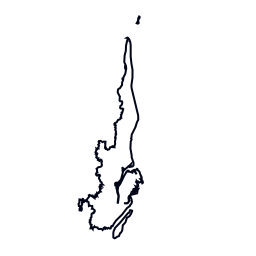 Cox's Bazar, Chittagong, Bangladesh, rotated 203°
{"feature_id": "16705992B34517682786426", "entity_name": "Cox's Bazar", "entity_type": "district", "adm_level": 2, "iso_a3": "BGD", "parent_name": "Bangladesh", "parent_adm1": "Chittagong", "projection": "robinson", "projection_center": [92.099, 21.257], "detail": "fine", "context": "isolated", "style": "outline", "palette": "ink", "viewbox_px": 256, "rotation_deg": 203, "n_neighbors": 0, "source": "geoboundaries", "source_scale": "gbopen_adm2", "svg_char_len": 5722}
<svg xmlns="http://www.w3.org/2000/svg" viewBox="0 0 256 256"><g transform="rotate(203 128 128)"><path d="M123.7,24.6L123.3,21.0L122.7,21.3L122.5,22.0L120.9,21.1L121.4,22.9L120.7,23.1L120.4,24.2L120.0,23.8L117.2,24.5L116.5,23.8L115.2,23.6L113.5,24.6L112.6,24.7L111.5,24.2L111.3,25.3L110.7,26.2L111.2,26.6L110.6,27.6L109.6,27.5L109.9,26.5L109.5,26.2L108.6,27.6L107.7,27.3L106.9,28.5L105.4,28.3L104.7,28.8L105.0,31.1L104.5,31.6L103.8,31.6L103.6,34.5L102.8,38.3L99.6,46.1L97.6,53.9L95.8,57.0L95.9,58.0L95.3,59.6L95.5,61.7L96.5,62.4L96.4,63.1L98.4,65.3L99.1,65.4L99.8,65.1L99.9,64.4L98.4,61.1L98.6,59.2L99.6,58.0L102.3,57.2L99.3,58.6L98.7,59.6L98.8,61.4L100.4,64.1L100.4,65.8L99.5,67.6L99.6,68.9L99.0,68.2L98.8,69.2L97.7,69.6L97.2,70.6L97.3,72.2L96.7,73.8L97.2,74.2L98.2,72.5L98.6,72.5L99.2,70.4L98.7,73.2L99.1,73.5L99.1,74.0L98.1,74.6L97.6,75.5L97.5,76.8L98.0,77.2L96.2,77.1L95.8,78.4L96.6,79.7L97.3,79.4L97.5,80.4L100.2,81.8L99.3,81.8L99.5,82.7L99.0,82.4L98.0,82.3L97.8,82.7L96.2,82.2L94.6,84.1L95.2,85.0L96.7,85.8L96.2,86.1L95.0,85.5L96.3,88.1L96.8,88.1L97.1,88.9L97.6,89.1L100.5,92.3L102.9,93.2L103.5,92.6L103.1,93.7L103.3,93.9L103.8,93.9L104.9,91.6L105.9,91.9L106.7,90.9L104.2,90.7L102.0,88.7L104.5,90.5L105.2,90.1L107.0,90.4L107.3,89.6L106.8,88.6L108.9,88.5L112.2,87.5L112.9,82.0L113.3,73.7L114.0,70.5L113.9,72.6L114.4,72.2L114.3,70.9L113.0,66.1L109.9,61.9L108.0,55.3L108.1,54.4L110.3,61.9L112.4,64.1L114.6,67.6L115.1,67.9L116.6,70.9L116.8,72.2L116.4,73.0L117.5,72.8L118.0,72.2L116.9,69.4L118.2,71.9L117.8,72.9L115.6,74.0L114.3,77.8L115.5,86.0L116.1,86.2L116.7,87.1L116.6,88.9L117.6,88.9L118.2,89.4L116.4,89.0L116.6,87.7L115.6,86.5L112.5,93.2L111.8,93.3L111.9,94.0L111.2,95.8L111.1,95.2L111.6,93.8L111.2,92.8L108.8,94.4L108.3,95.6L109.4,98.3L113.0,102.2L113.8,104.0L117.8,110.2L120.2,116.6L120.2,118.8L121.1,119.6L120.9,119.9L122.0,123.4L121.5,131.7L122.0,136.7L121.8,139.7L123.6,143.6L140.2,166.0L141.5,168.5L143.5,175.9L146.5,183.2L150.0,188.6L153.5,194.9L157.9,205.3L159.4,207.8L161.4,210.0L163.2,211.0L164.0,210.9L164.3,210.5L163.6,210.7L162.7,209.9L163.0,209.3L162.9,208.1L162.4,207.7L162.7,206.7L161.9,202.7L160.2,198.3L159.4,193.3L157.4,187.8L157.0,187.0L154.3,184.6L152.9,182.2L151.7,176.8L152.0,172.8L151.3,170.5L151.2,167.7L150.3,165.2L151.1,161.2L152.0,160.3L152.2,159.3L151.3,156.6L147.8,153.8L146.5,150.0L145.6,149.6L144.1,150.2L143.2,149.3L142.8,146.9L143.6,145.2L143.1,143.4L142.1,143.1L140.4,143.8L139.8,143.6L139.3,140.2L139.9,139.7L139.2,138.8L139.6,137.4L139.1,137.1L139.0,136.1L138.6,135.6L138.9,134.9L138.4,134.6L138.8,134.3L138.5,133.8L139.0,132.6L140.3,131.6L140.7,128.7L141.9,127.6L141.7,126.7L142.1,126.5L141.8,125.7L140.7,126.0L140.3,125.7L140.5,125.1L139.8,124.0L140.1,123.5L139.2,122.9L139.1,121.4L138.6,121.3L137.3,119.2L137.2,117.8L136.5,117.7L136.2,114.1L135.5,113.1L135.3,113.3L134.7,110.4L133.6,108.3L133.3,105.6L132.9,105.0L134.4,104.5L134.8,105.3L135.3,105.1L135.7,104.1L137.0,103.1L136.8,102.5L137.0,101.1L138.2,100.0L138.6,100.4L140.2,100.0L140.7,101.3L141.5,100.9L142.5,104.2L143.0,104.7L142.9,105.5L143.4,106.6L145.1,105.9L145.9,105.0L148.1,105.5L149.7,104.6L149.7,103.8L148.4,102.9L148.9,101.0L147.8,100.4L147.7,98.6L147.2,97.7L148.0,97.5L148.0,96.6L149.0,96.7L148.5,96.0L148.7,95.4L148.4,94.4L148.5,93.0L147.7,92.5L147.6,91.9L146.9,92.5L146.5,91.7L146.2,91.8L146.3,89.9L145.5,89.3L145.6,88.5L144.3,88.1L143.5,88.5L143.3,86.8L142.3,86.7L141.9,87.2L141.2,87.4L141.2,88.9L140.7,87.9L140.7,87.1L139.7,87.9L138.8,86.8L139.0,85.9L137.5,83.7L137.5,82.4L138.5,81.2L140.0,80.3L141.0,78.1L140.2,77.5L139.3,75.6L139.4,75.2L138.8,74.9L139.4,74.3L139.5,73.0L138.6,72.2L137.8,72.1L137.5,72.8L135.9,73.7L135.7,73.1L135.1,72.9L135.5,71.8L134.9,70.1L133.3,69.0L132.6,68.0L131.0,67.6L130.3,66.4L129.1,66.0L131.3,64.9L131.1,64.0L129.5,63.6L130.3,63.2L130.4,62.5L131.0,62.4L130.2,61.2L129.3,61.3L129.7,60.8L129.4,59.5L128.2,58.8L129.8,57.6L129.5,56.7L129.8,56.2L130.4,55.8L131.2,56.1L131.1,55.1L130.2,53.9L131.5,54.4L131.9,54.1L131.3,52.6L130.6,52.0L131.0,51.5L132.2,51.7L131.5,50.4L134.7,51.1L134.8,51.7L135.6,51.2L137.3,51.4L137.8,50.8L136.9,49.7L137.7,47.0L137.7,45.9L138.5,45.3L138.7,44.4L139.7,43.7L139.9,42.7L140.5,42.7L140.5,44.4L141.6,45.1L142.0,45.0L142.4,43.3L142.9,43.1L143.7,43.6L144.8,43.3L143.6,40.2L143.9,38.7L142.6,36.9L142.0,37.0L141.7,37.7L141.3,37.9L141.1,36.2L140.2,35.4L140.8,35.7L141.0,34.6L140.4,33.3L138.8,33.7L138.9,34.3L138.6,34.5L139.1,36.0L140.3,37.5L140.4,40.1L141.1,40.6L141.8,44.6L140.7,44.3L140.7,42.7L140.1,42.3L139.6,42.6L139.5,43.6L138.5,44.2L138.3,45.0L137.3,44.2L136.4,44.6L135.3,44.3L133.5,40.9L132.6,41.8L130.7,41.8L130.4,42.1L129.7,40.9L129.7,39.6L128.9,39.9L126.6,39.3L126.0,38.2L126.6,37.1L126.2,36.8L126.7,35.8L127.5,35.6L127.9,34.5L126.8,31.7L127.2,30.9L126.7,29.3L127.0,28.6L126.4,28.6L126.6,26.6L125.9,26.5L126.0,25.8L125.3,25.5L124.9,24.5L123.7,24.6ZM97.4,21.2L96.6,21.8L95.5,23.7L94.1,25.0L94.2,28.0L93.6,28.8L93.3,31.5L94.8,36.5L93.5,40.1L93.9,44.9L92.2,47.3L91.7,50.1L91.7,53.3L92.3,53.6L94.0,53.1L93.9,50.5L94.7,49.7L98.4,37.5L100.8,31.2L100.9,27.4L100.5,25.6L98.7,21.5L97.4,21.2ZM95.9,75.3L96.8,69.4L94.1,71.4L94.5,73.2L95.0,73.3L94.7,76.0L95.9,75.3ZM160.9,227.8L159.6,228.0L159.2,228.9L160.5,230.5L160.8,232.9L160.4,233.5L160.5,234.3L160.8,234.9L161.3,235.0L161.5,233.3L160.7,230.6L160.9,227.8ZM155.2,184.6L154.2,182.1L153.3,181.2L153.1,181.7L153.5,182.6L155.2,184.6ZM116.1,72.8L116.6,71.2L115.4,69.2L116.1,72.8ZM114.3,74.0L115.2,72.9L114.9,71.8L114.3,72.8L114.3,74.0ZM93.4,84.6L93.4,82.8L93.3,82.7L92.9,83.5L93.4,84.6ZM152.4,172.2L152.4,171.2L152.0,170.3L152.0,171.2L152.4,172.2ZM111.4,88.7L111.5,88.2L110.6,88.4L110.8,88.8L111.4,88.7ZM94.7,85.3L94.6,85.0L94.2,84.4L94.1,85.0L94.7,85.3Z" fill="none" stroke="#020617" stroke-width="2"/></g></svg>